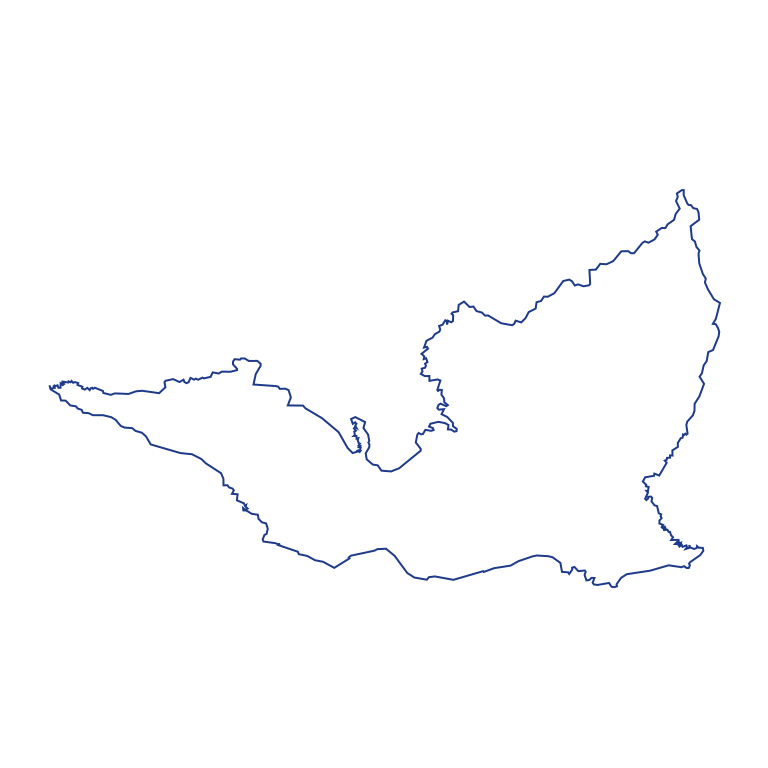 Mamuju Utara, Sulawesi Barat, Indonesia (Albers equal-area conic projection), rotated 271°
{"feature_id": "22746128B5634485200629", "entity_name": "Mamuju Utara", "entity_type": "district", "adm_level": 2, "iso_a3": "IDN", "parent_name": "Indonesia", "parent_adm1": "Sulawesi Barat", "projection": "albers", "projection_center": [119.556, -1.342], "detail": "fine", "context": "isolated", "style": "outline", "palette": "blue", "viewbox_px": 768, "rotation_deg": 271, "n_neighbors": 0, "source": "geoboundaries", "source_scale": "gbopen_adm2", "svg_char_len": 6123}
<svg xmlns="http://www.w3.org/2000/svg" viewBox="0 0 768 768"><g transform="rotate(271 384 384)"><path d="M374.4,54.8L373.5,50.8L376.8,49.5L372.8,50.8L367.8,59.4L361.9,61.4L361.8,66.0L357.1,70.7L356.3,76.4L354.1,78.2L352.9,82.1L350.0,83.5L349.7,89.2L347.7,93.5L347.9,103.6L346.1,111.8L343.5,116.3L337.5,121.5L335.9,125.4L335.5,132.9L332.7,136.5L331.1,142.7L327.4,147.0L319.5,151.8L311.4,181.6L310.4,193.3L305.8,202.7L301.6,207.2L291.9,222.7L286.3,225.1L279.9,225.3L280.0,229.3L277.9,230.9L276.8,234.4L275.0,235.7L271.5,233.9L271.2,239.5L265.1,239.0L262.2,246.1L259.7,247.2L260.4,248.2L258.9,247.8L257.1,249.8L255.8,247.4L257.5,245.3L255.2,245.5L255.0,248.8L251.9,254.0L251.1,260.1L247.0,260.9L243.6,264.3L242.6,268.5L237.3,270.3L232.0,269.2L231.0,267.1L226.5,265.4L224.4,266.2L223.0,277.8L222.0,281.1L221.4,280.2L222.4,282.8L221.1,281.1L214.8,300.8L212.4,301.8L210.7,310.4L206.6,318.1L205.2,326.1L199.3,337.5L209.0,352.5L210.0,351.8L211.8,354.0L217.2,377.4L218.8,380.4L219.3,388.9L212.4,397.6L195.4,410.6L191.0,417.8L189.1,430.3L191.6,432.2L192.5,438.2L189.4,456.8L198.6,486.4L197.8,487.0L201.8,497.4L204.6,513.7L209.3,521.7L214.4,536.0L215.2,539.8L214.7,551.3L213.7,555.6L208.2,563.5L199.3,565.2L198.9,571.5L197.3,572.5L201.8,575.5L203.6,575.3L204.4,577.6L200.3,581.5L201.0,588.0L199.8,588.9L196.6,587.9L191.2,589.8L191.5,592.4L193.8,595.0L193.7,597.8L189.0,596.1L187.3,597.3L186.8,600.9L189.0,612.5L185.3,615.0L184.9,617.9L185.8,620.5L187.8,620.0L194.4,624.5L198.1,630.2L202.0,653.4L207.7,671.8L206.0,684.6L207.1,687.2L205.3,689.8L205.4,692.0L208.2,693.0L209.7,692.1L211.3,693.3L218.4,703.1L222.8,706.2L225.7,705.6L225.8,701.7L227.4,699.8L225.4,699.5L224.5,696.9L225.9,693.0L228.2,692.2L225.4,691.9L224.3,688.5L226.2,689.8L227.9,689.2L226.4,685.4L228.2,684.6L226.6,682.3L227.6,681.6L229.0,683.7L230.5,683.8L229.0,681.4L229.1,677.8L231.1,679.8L231.0,681.6L233.3,681.2L233.0,673.9L235.8,675.7L237.7,673.7L241.2,672.5L241.1,671.1L243.2,670.0L242.9,666.5L243.9,666.2L244.6,668.0L246.3,667.2L245.0,664.8L245.7,664.1L248.0,665.5L249.3,661.8L252.3,661.8L254.8,663.9L256.5,662.9L258.5,663.4L259.5,661.0L266.7,659.2L267.4,656.6L271.3,653.5L274.9,654.1L276.1,652.9L275.8,650.1L274.1,650.1L272.5,648.3L273.9,647.1L279.9,649.8L281.7,648.3L281.7,649.8L285.7,650.4L286.3,647.6L287.7,648.0L291.0,644.5L295.3,646.8L296.9,655.5L299.1,655.9L297.3,660.8L310.2,668.0L312.3,666.1L313.2,668.0L315.1,668.3L315.3,671.3L317.6,671.2L317.5,673.7L322.7,673.5L326.2,678.9L330.2,678.8L334.9,681.6L335.6,683.5L338.8,683.9L338.3,684.9L339.6,686.1L338.6,687.2L339.7,688.4L348.2,687.0L351.7,687.9L358.1,693.4L362.5,694.9L369.6,694.9L377.0,699.5L389.8,704.0L396.8,699.4L400.3,701.7L408.2,703.3L412.4,706.2L421.6,707.7L423.7,712.4L437.4,717.7L442.1,718.3L445.9,716.9L449.6,714.7L449.9,711.8L455.0,714.7L470.9,718.5L474.5,712.4L484.2,706.3L491.1,703.1L495.0,703.9L499.5,700.9L510.1,697.1L519.9,696.2L522.9,697.1L526.5,694.0L531.9,692.4L534.2,689.4L547.1,687.8L553.8,696.3L561.5,695.4L564.5,693.9L565.2,690.2L568.2,687.8L568.3,685.5L569.7,684.1L578.2,680.3L583.1,680.3L583.0,678.3L579.6,673.5L576.4,674.5L572.0,672.8L564.5,676.6L559.1,672.7L553.2,671.1L548.6,664.8L544.9,662.7L544.8,658.9L541.1,653.5L538.0,655.1L533.3,652.0L529.9,646.0L531.1,642.2L529.6,639.9L519.1,631.7L519.1,628.7L521.1,625.8L520.8,618.9L510.9,611.1L507.6,604.3L507.9,598.1L502.1,593.9L501.6,587.4L487.7,588.4L486.3,587.4L485.2,581.7L487.0,576.3L485.8,573.1L490.1,570.0L491.6,567.4L490.1,561.4L477.8,552.8L474.1,546.2L474.2,542.4L469.8,539.6L468.4,535.1L462.1,534.3L458.4,527.4L452.5,524.5L448.0,520.2L449.6,514.5L446.3,513.1L445.0,511.1L446.8,500.1L454.4,486.8L454.1,483.9L457.2,480.6L458.5,475.2L463.0,472.1L462.5,468.2L467.8,462.6L464.4,457.3L458.1,456.8L456.8,451.5L455.4,450.3L453.9,452.0L448.0,451.8L446.9,450.1L448.4,446.8L444.5,446.1L448.3,445.5L448.8,444.2L444.3,441.5L443.0,438.1L439.4,439.3L437.3,438.4L434.7,434.0L431.2,431.7L427.9,425.7L421.1,423.4L421.9,426.3L420.1,427.4L414.8,421.0L412.3,423.8L409.6,423.3L410.5,425.6L406.7,427.1L405.0,424.7L403.0,425.6L401.0,424.8L400.0,421.4L397.1,422.3L394.7,420.6L392.6,424.7L392.8,429.2L387.9,429.4L389.5,437.4L388.5,440.3L378.9,437.4L378.0,438.1L379.2,439.8L379.0,441.9L374.3,441.6L370.9,444.2L366.7,444.7L364.0,448.2L362.9,446.6L365.3,440.9L364.1,438.9L360.9,437.7L359.3,439.2L359.9,444.4L354.8,442.1L352.2,447.7L346.3,453.6L343.0,453.7L340.4,457.5L338.1,457.3L337.6,455.0L339.6,452.0L339.7,448.7L344.1,449.2L346.0,445.6L347.1,439.0L345.1,431.1L342.2,429.8L340.7,433.8L338.8,434.4L338.0,431.8L338.9,426.2L334.7,423.8L334.3,422.1L335.6,419.5L333.9,418.2L326.1,416.8L319.8,421.9L317.9,421.8L300.0,400.6L296.7,392.6L297.3,383.0L302.6,379.1L303.2,374.3L308.4,368.0L314.4,366.9L320.3,370.3L323.2,370.5L325.1,369.4L327.0,370.2L333.1,369.0L339.6,364.2L345.6,365.8L350.4,355.9L348.4,351.7L343.6,353.5L345.2,355.8L343.9,357.1L341.7,356.0L339.6,357.3L340.5,355.6L339.0,354.7L336.9,356.8L335.9,355.1L332.5,355.8L331.5,354.7L331.6,357.4L328.9,357.5L329.4,359.3L327.4,358.7L324.5,359.7L323.9,361.0L322.0,359.6L321.7,361.2L320.3,360.0L320.1,361.8L317.8,361.4L317.3,359.9L316.8,361.7L315.5,360.8L316.2,359.4L314.4,353.9L319.3,348.8L335.0,339.5L348.7,322.7L358.3,305.9L361.0,303.4L360.9,288.2L369.0,291.1L376.2,288.7L377.6,285.4L377.3,279.8L379.5,278.4L380.1,275.1L381.2,253.5L391.7,255.6L400.0,260.3L402.1,260.3L404.9,256.9L404.7,248.4L407.1,244.3L407.0,240.6L405.8,239.6L406.2,234.2L403.7,232.6L401.0,232.7L396.5,236.9L395.3,236.8L393.6,230.4L393.5,221.4L391.6,218.7L392.6,212.5L388.1,210.5L386.5,203.8L387.2,202.4L385.0,198.2L386.1,195.6L385.0,194.1L386.7,190.4L382.3,188.6L381.4,186.5L382.5,184.4L384.8,183.5L382.4,179.5L385.2,173.1L383.4,165.4L382.0,164.5L376.9,165.5L370.9,159.3L373.0,142.5L372.4,136.4L369.6,128.7L369.9,115.0L368.4,111.1L370.1,103.6L372.1,103.1L375.2,95.0L374.1,93.2L375.1,92.4L374.6,90.9L372.7,89.8L375.0,87.5L373.2,84.9L374.3,82.1L376.0,82.5L377.7,77.6L379.6,78.2L380.5,74.9L379.8,73.1L381.6,71.6L380.3,70.6L381.1,68.6L380.0,68.3L380.8,62.4L379.5,62.1L378.4,64.1L377.3,62.8L378.9,60.7L374.6,60.6L374.6,58.5L377.0,57.6L376.1,55.5L376.8,54.6L376.0,53.7L374.4,54.8Z" fill="none" stroke="#1e3a8a" stroke-width="2"/></g></svg>